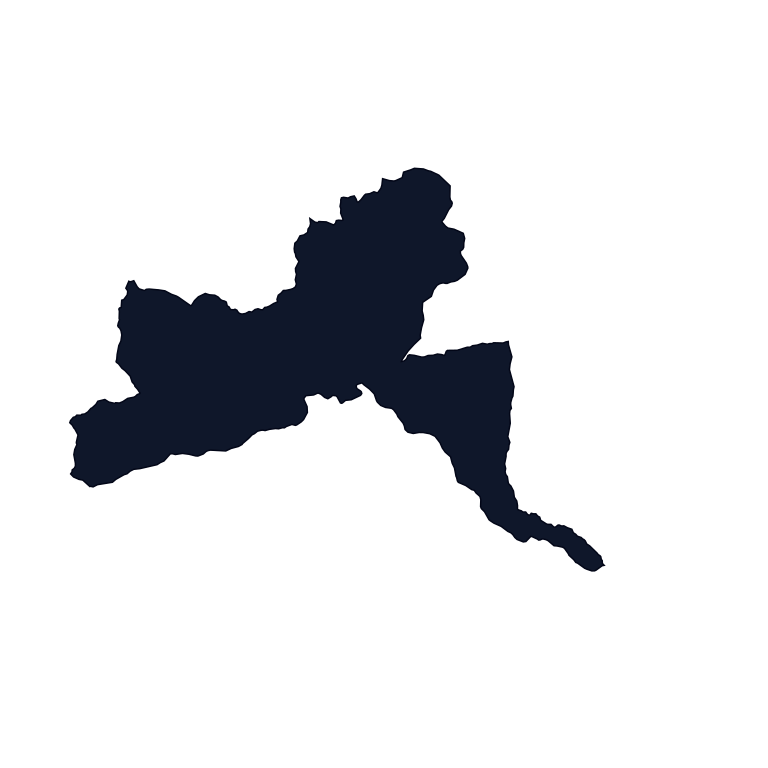 the district of Trong, Tongsa, Bhutan, rotated 114°
{"feature_id": "84629894B683869752306", "entity_name": "Trong", "entity_type": "district", "adm_level": 2, "iso_a3": "BTN", "parent_name": "Bhutan", "parent_adm1": "Tongsa", "projection": "robinson", "projection_center": [90.682, 27.159], "detail": "fine", "context": "isolated", "style": "filled", "palette": "ink", "viewbox_px": 768, "rotation_deg": 114, "n_neighbors": 0, "source": "geoboundaries", "source_scale": "gbopen_adm2", "svg_char_len": 6171}
<svg xmlns="http://www.w3.org/2000/svg" viewBox="0 0 768 768"><g transform="rotate(114 384 384)"><path d="M597.3,611.0L596.9,610.7L596.3,607.9L592.5,604.8L584.2,592.1L580.2,590.2L572.6,584.6L570.5,582.2L566.9,580.5L563.7,577.9L560.6,572.6L550.0,558.5L546.8,556.4L543.8,553.7L534.7,550.8L533.7,548.7L533.3,546.0L529.4,539.9L527.5,533.6L526.3,526.8L525.5,524.7L521.4,520.6L518.2,519.2L516.6,517.9L515.0,515.7L509.5,501.3L505.0,497.4L500.3,491.6L497.0,489.1L495.8,488.9L489.1,485.7L484.0,483.8L482.1,482.2L478.6,480.4L476.3,477.5L475.4,475.8L474.9,473.7L472.0,470.2L468.8,465.0L467.8,462.1L465.2,458.9L464.5,457.1L462.5,455.9L458.4,451.7L457.8,448.1L456.9,447.1L452.3,444.2L449.2,443.0L441.2,442.4L435.9,445.1L430.8,450.8L429.4,451.3L426.4,450.5L422.6,443.8L419.5,441.1L419.0,440.0L419.0,437.3L420.4,432.8L420.3,429.3L417.3,427.2L415.3,426.3L414.3,423.2L414.6,421.8L419.0,416.1L418.9,415.0L418.3,414.3L414.6,412.5L411.7,407.5L403.9,400.8L401.8,400.4L400.4,401.5L399.9,402.6L399.2,407.0L397.2,408.6L396.0,408.7L394.7,407.7L391.9,404.5L392.8,402.4L394.5,395.1L397.0,388.9L402.3,384.0L403.3,382.6L404.9,378.3L404.8,373.1L403.1,367.2L403.6,364.8L406.3,360.0L408.2,358.0L412.0,350.6L414.0,348.4L417.0,346.2L418.3,342.5L417.3,337.2L414.0,332.2L412.4,328.5L410.8,322.0L411.0,316.1L414.9,308.9L418.8,304.6L421.3,300.4L423.4,293.6L428.6,289.5L432.0,285.5L439.1,280.6L439.9,279.6L442.6,277.6L443.6,276.1L443.5,268.0L444.8,260.9L444.4,258.3L446.1,255.6L447.7,250.6L450.3,248.5L456.7,245.9L458.2,244.4L459.8,240.2L465.3,232.8L465.7,231.2L466.4,227.0L466.4,219.1L468.3,210.8L468.3,207.7L469.1,205.2L471.0,202.0L471.9,199.2L471.6,192.5L470.2,190.3L463.5,187.9L463.2,186.7L463.3,180.7L463.7,179.3L463.0,178.0L461.4,176.6L460.8,175.5L460.3,172.5L460.4,170.3L462.6,162.9L461.6,160.1L460.4,154.4L460.7,152.3L464.0,146.7L465.2,145.4L467.3,139.2L469.0,136.2L468.9,134.3L470.7,125.8L470.7,123.6L470.2,118.1L469.0,115.6L467.9,114.6L461.3,110.8L460.1,109.1L459.1,111.5L456.6,112.8L455.8,114.2L453.5,115.8L453.0,116.9L452.7,119.1L452.0,120.1L448.2,130.3L447.7,133.7L445.5,136.3L444.8,138.0L444.7,139.7L444.0,141.4L444.4,145.4L443.3,147.7L442.9,150.5L440.3,153.3L440.7,158.0L440.4,162.0L441.5,163.9L441.6,166.8L442.3,167.8L444.8,169.0L445.7,170.5L444.3,174.3L445.6,177.3L445.8,178.5L444.8,185.4L442.3,187.6L442.1,190.0L440.8,192.5L441.8,194.6L442.2,196.9L444.4,197.4L444.9,198.4L444.7,200.0L443.3,202.5L444.5,205.1L444.0,206.8L444.3,210.3L443.8,211.3L440.7,212.6L436.9,215.1L434.4,218.9L429.1,222.2L425.5,226.7L424.8,228.9L423.7,230.3L418.5,233.6L417.1,236.0L414.9,237.7L411.7,238.5L408.0,241.3L400.6,243.0L397.9,244.2L395.8,244.3L393.1,243.6L388.9,245.0L386.1,245.3L381.8,249.5L368.5,252.7L360.0,257.2L357.0,258.2L354.5,257.7L351.3,259.9L349.3,260.7L344.9,261.4L342.6,261.3L336.5,263.5L333.6,264.1L319.8,275.3L314.3,277.0L307.2,278.2L297.6,286.2L294.6,287.8L296.0,289.8L298.1,291.8L301.8,300.7L303.0,301.6L304.2,304.1L305.6,305.7L306.8,310.6L310.5,314.6L313.0,318.7L315.3,320.2L316.6,323.0L323.4,330.8L327.5,339.7L328.8,340.4L332.3,340.2L333.4,340.6L333.7,343.4L334.9,347.4L337.8,350.8L340.0,355.3L342.8,358.0L344.1,360.5L345.5,368.0L347.0,372.7L348.4,373.7L351.5,373.6L353.4,374.2L355.2,375.4L356.4,377.2L354.3,377.3L344.0,375.4L335.5,372.6L327.2,369.2L324.7,370.8L317.4,372.6L309.2,373.8L305.3,376.1L301.7,378.9L293.7,381.9L284.7,376.4L278.1,377.0L272.2,375.7L269.8,374.0L268.3,372.2L267.5,370.9L267.0,368.6L266.4,367.2L263.6,364.5L261.5,361.3L259.3,359.2L250.8,354.5L244.1,354.5L242.8,355.2L240.1,357.9L235.2,365.8L233.6,367.3L231.5,368.3L229.0,366.9L226.7,366.8L222.6,368.5L218.2,369.5L214.1,372.9L214.1,383.0L215.5,389.0L214.8,392.0L212.4,397.0L211.8,397.2L208.1,396.3L198.4,395.8L194.0,394.7L191.1,395.2L190.0,396.1L188.9,398.2L186.4,399.9L176.1,404.2L170.9,418.8L170.7,427.8L171.2,430.3L171.5,435.4L174.6,444.0L177.5,446.7L182.5,452.3L188.1,451.3L193.4,456.0L194.5,457.4L196.0,461.8L197.0,468.8L203.2,466.8L206.5,466.4L211.7,467.5L212.2,468.5L212.5,471.4L215.9,474.4L218.1,478.0L219.6,478.7L225.1,480.0L227.8,481.2L228.5,481.9L228.5,482.7L226.2,484.9L224.3,487.7L226.6,490.8L228.7,492.4L229.9,496.9L231.2,498.6L233.3,498.4L235.5,497.4L239.6,496.4L241.6,494.6L245.5,493.1L250.0,488.6L250.9,488.3L251.7,488.9L252.8,492.1L254.1,494.0L257.0,493.7L259.2,494.7L259.4,502.7L262.1,509.6L263.6,510.2L264.2,513.0L263.0,519.0L267.4,516.3L270.5,515.8L273.3,516.4L276.6,515.4L280.4,517.8L282.8,521.0L288.7,521.4L291.6,522.7L296.9,521.1L299.9,519.3L300.9,518.0L303.6,516.2L306.7,511.5L314.4,511.9L317.3,510.4L319.3,508.6L324.9,507.4L328.3,504.7L331.2,504.4L333.7,505.8L335.5,507.7L338.4,511.7L339.5,514.0L342.8,515.0L345.9,516.7L350.2,516.2L352.2,514.6L355.4,517.6L359.4,520.3L361.4,522.2L362.6,524.1L365.5,525.0L366.2,526.6L366.5,529.7L368.4,532.1L372.1,534.0L372.7,536.7L375.9,539.2L377.9,542.2L378.1,543.3L378.3,544.9L377.3,547.2L376.4,548.4L376.3,550.5L377.4,551.7L378.4,554.5L376.6,556.9L376.4,559.0L373.3,561.4L373.1,563.3L373.5,565.5L373.4,567.5L372.0,570.9L371.7,574.7L373.5,579.7L374.0,584.1L379.8,589.0L384.9,591.0L390.5,591.8L391.1,592.7L388.3,607.1L388.1,609.4L388.5,614.6L388.0,622.0L389.7,628.2L392.8,637.2L394.2,639.7L395.8,640.6L396.1,641.3L396.7,646.4L395.6,649.0L391.4,654.6L393.4,656.7L394.0,658.1L393.9,658.9L401.5,658.8L402.7,656.7L403.8,655.7L407.1,654.8L412.8,656.1L414.1,657.7L421.0,655.2L422.1,656.5L423.4,656.7L425.1,655.4L431.9,652.6L433.0,651.7L436.5,651.5L439.1,650.9L440.0,649.8L440.5,648.1L442.2,646.0L445.8,643.5L451.8,641.8L456.7,641.9L465.6,639.8L470.1,638.2L472.4,637.9L473.0,637.3L473.5,634.8L476.2,629.8L477.1,626.1L480.1,619.0L484.6,614.9L486.1,611.6L487.4,610.6L489.0,607.0L491.5,603.2L492.1,603.2L494.0,605.1L496.5,606.1L497.9,607.3L501.4,612.3L506.3,615.4L509.0,618.0L510.3,621.6L511.2,622.0L512.4,628.0L511.7,632.7L516.1,638.4L519.8,638.9L524.4,640.9L525.5,641.8L530.0,643.2L533.1,645.2L534.6,647.7L535.9,648.3L537.4,652.0L539.5,652.7L540.8,654.3L544.9,655.5L547.2,655.3L548.4,652.0L550.4,649.3L550.8,648.2L555.0,642.8L561.7,641.5L563.0,641.1L564.1,639.9L569.6,639.9L574.7,638.6L581.9,633.7L584.6,632.5L587.1,632.7L589.3,633.9L591.2,633.3L593.6,633.7L595.2,629.8L595.2,623.9L594.3,620.1L597.3,611.0Z" fill="#0f172a" stroke="#020617" stroke-width="1.5"/></g></svg>